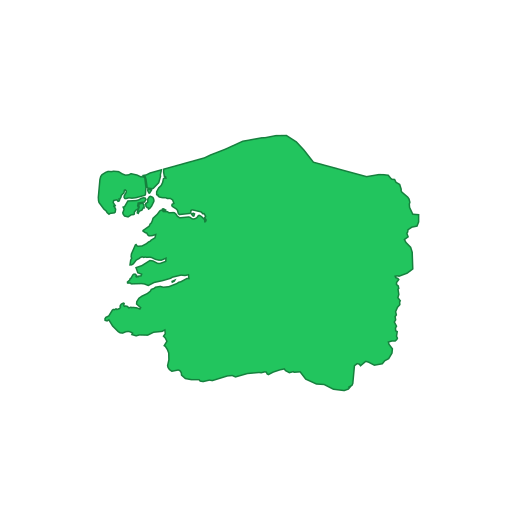 Boke, Boke, Guinea, rotated 45°
{"feature_id": "49546643B57120226425021", "entity_name": "Boke", "entity_type": "district", "adm_level": 2, "iso_a3": "GIN", "parent_name": "Guinea", "parent_adm1": "Boke", "projection": "albers", "projection_center": [-14.504, 11.069], "detail": "fine", "context": "isolated", "style": "filled", "palette": "green", "viewbox_px": 512, "rotation_deg": 45, "n_neighbors": 0, "source": "geoboundaries", "source_scale": "gbopen_adm2", "svg_char_len": 6159}
<svg xmlns="http://www.w3.org/2000/svg" viewBox="0 0 512 512"><g transform="rotate(45 256 256)"><path d="M378.2,307.9L389.2,303.8L395.0,298.7L404.9,295.5L413.5,288.8L415.4,284.8L415.2,282.2L414.2,283.7L415.3,279.5L414.5,277.6L403.2,264.0L403.6,260.6L405.6,259.4L407.5,259.7L408.1,252.9L410.6,251.5L416.9,249.5L421.5,242.9L421.1,239.0L422.4,234.8L420.8,228.5L418.1,225.2L412.4,224.4L410.4,223.2L412.2,220.0L414.5,217.7L414.6,215.5L414.1,214.1L412.1,213.4L409.3,209.6L407.6,210.1L405.5,208.2L405.0,206.3L400.5,204.9L399.9,202.4L397.2,200.5L396.9,198.4L394.1,196.7L392.3,192.2L392.1,188.7L389.9,186.8L389.7,185.7L385.7,185.1L384.2,182.2L379.9,179.1L379.9,178.0L377.8,176.6L375.5,176.8L374.1,175.3L373.6,171.7L372.1,171.6L370.1,172.5L368.7,171.9L370.4,169.6L371.4,169.2L375.0,161.3L376.0,154.3L363.8,142.9L359.2,140.5L352.4,140.4L349.3,139.4L350.0,134.9L346.6,133.3L346.3,131.8L344.9,130.0L345.8,125.4L348.7,121.0L346.9,116.9L341.8,111.8L337.3,115.6L330.3,113.1L327.7,110.9L326.8,109.2L323.9,107.5L321.7,107.1L313.6,107.7L312.3,107.1L311.4,106.1L307.0,103.8L302.9,104.9L299.9,103.9L297.8,105.7L296.5,105.8L292.4,105.4L288.6,108.4L285.2,111.7L278.1,121.7L230.3,149.1L214.8,147.2L203.8,146.8L192.3,149.3L184.9,156.9L178.9,165.8L176.4,168.5L165.5,184.2L158.6,202.7L152.6,216.2L150.2,223.0L129.4,259.8L131.2,261.9L134.9,264.5L136.0,263.9L137.2,264.7L136.1,265.6L135.9,266.8L138.0,270.0L139.1,273.2L139.0,276.6L140.3,280.8L142.3,282.8L143.1,282.8L143.6,282.2L144.5,282.8L145.8,282.7L148.5,281.0L151.0,278.6L152.7,278.0L154.7,275.9L157.4,275.3L160.8,276.9L160.1,278.7L160.7,279.7L161.7,280.1L166.3,279.1L168.1,279.2L171.1,280.9L172.5,280.9L179.3,272.4L179.3,271.6L177.8,269.8L178.3,268.4L185.9,263.7L188.7,263.7L189.3,262.7L192.3,263.5L192.6,265.2L195.3,265.8L196.0,267.4L195.6,268.0L193.9,266.6L189.6,266.7L187.2,267.3L186.7,268.1L187.1,270.6L186.6,272.5L185.6,274.1L184.5,274.9L182.0,275.3L180.8,276.0L175.0,283.0L172.2,283.5L170.0,283.0L167.9,283.1L167.0,283.6L163.9,287.0L162.0,287.3L159.1,290.1L157.2,290.1L156.4,290.9L156.1,292.2L156.7,296.3L156.5,302.1L158.0,304.9L158.7,307.1L158.5,308.1L159.4,310.4L158.1,317.8L158.5,318.3L161.5,317.7L162.4,317.0L164.6,317.6L166.1,317.4L168.2,315.0L169.9,311.7L171.7,314.5L170.6,319.1L170.8,320.2L170.1,322.0L169.8,324.8L168.3,329.6L165.6,332.7L164.9,333.0L163.1,332.7L162.9,333.5L166.5,342.7L168.2,344.8L169.7,345.5L170.3,347.5L173.2,351.4L174.3,350.2L174.8,348.3L174.2,343.5L175.2,340.2L175.2,339.1L176.1,337.0L177.5,336.5L178.5,334.9L179.6,334.3L181.7,331.9L183.2,330.9L187.2,329.5L190.1,327.7L192.0,325.9L193.9,321.2L196.0,323.6L193.5,329.0L192.7,329.9L191.4,330.9L186.6,332.4L184.2,334.2L182.1,343.5L179.4,349.1L184.3,351.4L188.0,349.7L188.8,351.3L187.2,353.3L187.3,354.2L186.4,354.3L186.2,355.4L185.7,355.4L185.0,354.2L183.3,354.3L182.4,355.4L182.3,356.4L183.3,360.0L183.0,360.9L183.7,362.4L183.5,365.3L184.3,365.9L186.3,364.0L187.5,363.9L194.5,356.5L196.8,354.7L200.7,353.0L202.7,346.7L207.4,339.4L211.4,332.1L211.8,330.2L216.5,322.5L219.6,320.0L221.5,317.0L224.5,319.4L223.1,320.6L221.0,327.6L220.0,329.0L219.5,331.5L216.1,339.3L212.6,343.6L209.8,345.2L207.0,349.2L206.9,350.8L205.6,353.7L206.2,355.7L205.7,359.5L203.7,365.1L203.1,368.7L204.0,372.6L205.5,374.4L211.0,374.1L211.4,375.6L208.2,377.1L205.3,379.4L204.6,380.5L203.8,380.6L202.8,382.6L200.7,382.6L199.2,383.5L198.5,384.7L197.3,384.3L196.3,382.8L195.5,383.1L194.8,385.2L195.0,386.8L195.5,387.7L196.3,387.9L196.7,389.5L195.5,392.2L194.4,392.3L193.9,394.1L192.9,394.7L192.7,395.8L194.3,402.5L193.2,405.6L193.6,407.2L194.8,408.2L196.6,407.2L197.1,405.2L204.1,406.9L212.1,406.9L214.2,406.4L216.2,404.8L217.5,401.6L219.1,399.6L220.8,398.5L223.3,397.8L223.8,399.3L227.7,397.2L229.3,394.3L235.4,388.5L237.5,382.3L242.9,375.7L243.8,372.7L246.8,375.1L247.3,378.1L249.8,378.1L253.3,379.3L254.5,384.3L255.8,384.0L259.5,384.8L262.9,386.3L267.8,391.0L271.0,396.0L272.6,397.0L275.1,397.5L278.0,397.0L281.6,391.6L283.1,390.9L285.6,391.3L287.6,392.9L292.7,392.6L297.8,389.1L303.2,383.7L305.0,383.9L307.4,382.2L310.8,376.7L313.2,375.0L320.6,361.0L323.7,357.3L327.0,356.0L333.0,345.2L340.5,336.2L342.3,334.8L344.1,331.7L345.5,330.8L347.2,331.5L348.6,331.1L350.3,325.8L353.4,319.6L355.9,315.8L357.8,316.2L362.1,314.9L364.1,311.4L365.1,311.3L369.1,306.7L378.2,307.9ZM130.0,299.5L134.5,291.6L134.3,290.7L129.6,285.3L122.3,279.5L120.5,279.5L118.5,281.5L114.6,282.9L109.4,286.2L108.7,288.5L106.6,291.1L103.4,292.5L99.2,293.5L95.4,296.7L94.1,298.6L91.6,300.8L90.6,303.1L89.6,307.4L90.0,309.6L91.5,312.2L103.0,326.0L105.5,328.2L107.2,329.2L115.3,330.4L118.3,330.1L120.0,330.6L122.5,330.4L122.8,328.9L125.3,325.7L125.4,324.5L123.6,322.1L122.3,321.9L121.6,321.2L120.5,321.5L120.1,321.1L120.7,319.9L117.2,319.2L116.1,317.4L117.8,314.7L119.8,314.9L120.3,314.1L119.9,312.8L118.9,312.6L119.4,311.9L118.9,309.9L117.9,308.4L117.9,304.7L116.4,302.5L116.7,301.7L118.2,301.7L119.2,302.7L120.3,306.7L121.1,307.7L122.5,308.1L123.4,307.5L124.9,304.8L127.4,302.8L130.0,299.5ZM134.8,320.7L137.9,318.8L138.7,315.0L140.2,313.2L140.3,312.4L138.9,310.9L138.7,308.2L139.3,306.0L138.7,304.8L136.9,304.3L135.2,301.8L138.9,296.8L138.3,293.9L136.6,293.4L135.2,294.5L134.1,296.4L133.4,299.3L132.1,301.5L126.5,307.7L128.2,314.1L127.5,315.4L129.7,316.3L131.3,319.7L132.7,320.4L134.8,320.7ZM135.4,273.0L132.1,267.1L131.0,266.3L128.2,261.9L122.4,272.2L121.1,276.2L119.4,278.7L121.6,278.3L124.2,279.7L130.1,284.2L131.3,284.6L135.1,281.7L135.5,280.7L135.4,273.0ZM147.2,297.6L146.9,294.6L145.2,289.7L144.3,288.7L142.5,287.7L141.3,287.6L139.2,288.4L138.7,289.4L139.3,292.3L141.5,294.6L140.9,296.7L141.4,297.4L143.1,298.7L144.9,298.7L145.6,298.2L146.8,298.8L147.2,297.6ZM141.5,309.5L142.6,309.1L141.8,306.9L142.9,304.2L142.2,301.8L142.9,301.1L140.4,298.9L139.2,298.8L137.5,299.9L136.5,302.6L138.8,304.0L140.5,307.9L141.5,309.5ZM136.3,286.8L135.5,283.3L134.0,283.8L132.6,285.1L132.6,285.8L133.4,286.4L135.7,287.2L136.3,286.8ZM183.4,272.2L183.8,271.7L182.8,269.7L181.6,270.0L180.8,271.3L181.0,272.1L183.4,272.2ZM159.7,288.4L159.7,287.4L157.3,288.0L156.6,288.9L156.8,289.4L157.8,289.7L159.7,288.4ZM216.0,331.6L215.7,330.5L214.6,333.3L215.3,333.7L216.0,331.6Z" fill="#22c55e" stroke="#15803d" stroke-width="1.5"/></g></svg>